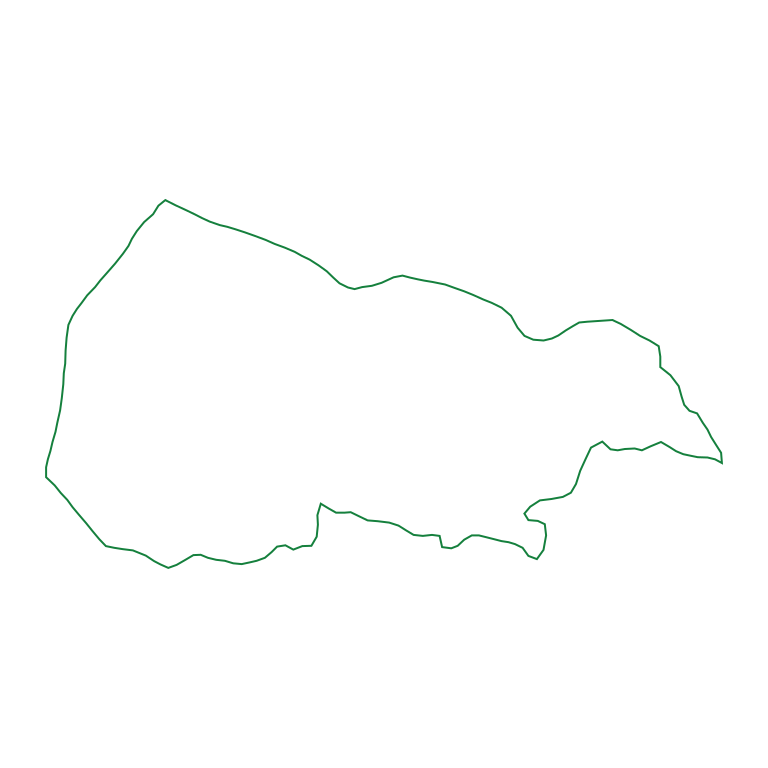 the district of Campo do Meio, Minas Gerais, Brazil
{"feature_id": "56859067B61456712529235", "entity_name": "Campo do Meio", "entity_type": "district", "adm_level": 2, "iso_a3": "BRA", "parent_name": "Brazil", "parent_adm1": "Minas Gerais", "projection": "natural_earth1", "projection_center": [-45.831, -21.107], "detail": "fine", "context": "isolated", "style": "outline", "palette": "green", "viewbox_px": 768, "rotation_deg": 0, "n_neighbors": 0, "source": "geoboundaries", "source_scale": "gbopen_adm2", "svg_char_len": 2475}
<svg xmlns="http://www.w3.org/2000/svg" viewBox="0 0 768 768"><path d="M105.9,546.1L114.2,547.8L122.5,549.1L132.9,550.4L145.8,555.6L154.1,561.1L160.4,564.4L168.3,567.9L176.6,564.9L185.3,559.9L193.4,555.1L200.7,554.8L207.9,557.8L216.2,559.8L224.9,560.8L233.2,563.3L241.7,564.1L249.7,562.4L256.6,560.8L264.9,557.8L271.6,552.1L277.1,546.6L285.4,545.3L293.3,549.6L302.3,546.1L311.4,545.8L316.7,536.7L317.9,524.7L317.4,515.2L320.8,503.7L328.7,508.5L336.1,512.7L344.1,512.7L350.7,512.2L358.9,516.2L367.6,520.4L377.7,521.2L389.2,522.6L398.5,525.6L405.8,530.2L413.6,534.9L422.8,535.9L432.0,534.9L439.6,535.9L442.1,547.1L451.3,548.3L457.7,545.8L464.2,539.7L471.8,535.4L478.9,535.4L485.8,537.1L494.1,539.2L501.5,541.1L508.6,542.2L515.0,544.1L522.6,547.8L528.4,555.9L536.9,559.1L543.5,549.9L546.1,535.4L544.8,524.2L537.8,520.9L528.4,520.1L524.4,513.6L530.2,506.7L539.9,500.4L551.4,499.0L562.9,496.9L570.9,492.7L576.0,484.0L580.2,470.8L585.7,458.8L591.0,447.6L602.3,441.6L610.5,449.3L617.7,450.3L624.9,449.0L634.7,448.5L641.9,450.3L650.6,446.3L661.0,442.0L669.7,447.1L676.1,451.2L683.3,454.2L690.9,455.8L697.8,457.2L707.5,457.5L715.0,459.3L721.9,463.0L721.1,452.8L716.2,445.1L711.1,437.0L707.5,429.6L702.8,422.8L697.1,413.4L689.5,410.8L684.2,404.8L681.6,396.6L678.7,386.1L670.4,375.2L660.3,367.1L660.3,356.6L658.7,346.2L649.5,340.5L640.1,335.9L630.8,329.9L620.7,323.9L612.4,320.0L597.9,321.0L587.5,321.7L579.2,322.5L573.1,326.0L565.8,330.4L558.3,335.5L551.9,338.5L543.6,340.5L533.3,339.7L524.5,335.9L517.6,327.7L511.0,315.8L501.6,307.7L491.6,302.8L483.3,299.5L472.8,294.8L464.2,291.3L454.8,288.0L445.1,284.5L432.7,282.0L424.2,280.6L417.7,279.3L410.1,277.6L402.5,275.6L393.6,277.3L381.6,282.8L371.9,285.8L362.1,287.1L354.6,289.1L348.0,287.5L339.5,283.3L333.3,277.6L326.8,271.3L318.5,265.3L309.6,259.6L301.7,255.8L294.8,251.9L284.7,247.6L274.6,243.9L265.6,239.9L254.6,235.8L244.7,232.3L235.5,229.3L227.2,226.8L219.8,225.1L209.7,221.6L202.1,218.1L194.9,214.4L186.6,210.4L175.8,205.4L165.3,200.1L158.4,205.7L153.1,214.2L144.1,222.1L136.8,231.1L131.9,238.8L128.5,245.9L122.9,253.8L115.1,263.6L106.6,273.3L100.4,280.3L95.1,287.1L87.2,295.3L81.7,302.8L76.9,309.0L72.6,315.8L68.4,324.9L66.6,337.7L65.6,350.5L65.2,363.7L63.8,373.2L63.3,384.2L61.8,398.1L60.1,410.4L57.3,422.8L55.5,431.8L52.5,442.0L50.4,451.0L47.9,459.2L46.1,467.3L46.1,477.2L54.7,485.4L60.8,493.0L67.3,499.9L72.6,507.2L78.8,514.6L86.1,523.1L92.6,531.2L99.3,539.2L105.9,546.1Z" fill="none" stroke="#15803d" stroke-width="2"/></svg>